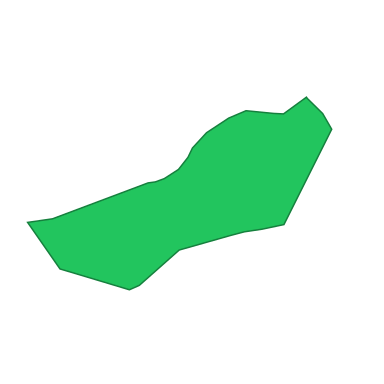 the district of L'Union, Praslin, Saint Lucia, rotated 139°
{"feature_id": "8701671B12184767464675", "entity_name": "L'Union", "entity_type": "district", "adm_level": 2, "iso_a3": "LCA", "parent_name": "Saint Lucia", "parent_adm1": "Praslin", "projection": "albers", "projection_center": [-60.901, 13.877], "detail": "fine", "context": "isolated", "style": "filled", "palette": "green", "viewbox_px": 384, "rotation_deg": 139, "n_neighbors": 0, "source": "geoboundaries", "source_scale": "gbopen_adm2", "svg_char_len": 536}
<svg xmlns="http://www.w3.org/2000/svg" viewBox="0 0 384 384"><g transform="rotate(139 192 192)"><path d="M144.0,107.1L45.4,147.7L41.9,165.5L43.6,186.9L43.4,188.5L71.7,190.9L78.9,197.8L97.9,217.9L115.8,223.7L142.1,227.2L162.8,224.9L172.3,220.8L187.4,217.9L204.2,220.3L213.1,223.7L219.2,227.7L314.9,263.3L336.0,276.9L338.2,256.5L342.1,220.5L318.4,183.1L303.4,159.3L293.0,156.1L239.7,156.6L216.1,145.5L191.6,134.0L186.1,131.3L178.6,127.6L163.4,117.9L151.0,111.0L144.0,107.1Z" fill="#22c55e" stroke="#15803d" stroke-width="1.5"/></g></svg>